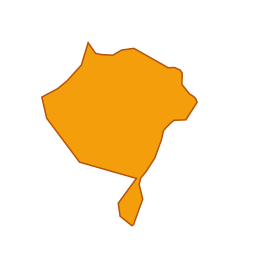 map outline of Dravograd (orthographic projection), rotated 251°
{"feature_id": "SVN-947", "entity_name": "Dravograd", "entity_type": "Municipality", "adm_level": 1, "iso_a3": "SVN", "parent_name": "Slovenia", "parent_adm1": "", "projection": "orthographic", "projection_center": [15.031, 46.594], "detail": "fine", "context": "isolated", "style": "filled", "palette": "amber", "viewbox_px": 256, "rotation_deg": 251, "n_neighbors": 0, "source": "natural_earth", "source_scale": "10m", "svg_char_len": 608}
<svg xmlns="http://www.w3.org/2000/svg" viewBox="0 0 256 256"><g transform="rotate(251 128 128)"><path d="M163.7,54.3L185.3,56.6L188.1,74.3L192.6,86.1L202.7,104.4L221.7,118.1L209.2,121.6L206.2,126.5L201.8,137.3L203.8,147.3L201.4,159.5L172.0,185.5L170.1,191.6L165.9,196.1L162.2,197.2L151.8,193.1L140.3,197.2L137.9,199.2L135.0,201.1L133.0,201.7L129.8,201.7L116.9,185.4L120.3,174.0L118.6,169.4L114.2,160.9L105.5,155.4L90.9,143.6L80.9,130.9L76.7,123.9L71.2,120.2L56.0,118.8L34.8,101.7L34.3,99.9L47.1,91.8L60.1,94.3L77.6,119.5L111.4,71.1L163.7,54.3Z" fill="#f59e0b" stroke="#b45309" stroke-width="1.5"/></g></svg>